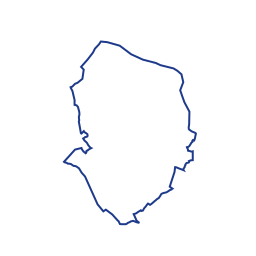 Ehime-Mbano, Imo, Nigeria, rotated 332°
{"feature_id": "59680162B95469939765095", "entity_name": "Ehime-Mbano", "entity_type": "district", "adm_level": 2, "iso_a3": "NGA", "parent_name": "Nigeria", "parent_adm1": "Imo", "projection": "robinson", "projection_center": [7.283, 5.671], "detail": "fine", "context": "isolated", "style": "outline", "palette": "blue", "viewbox_px": 256, "rotation_deg": 332, "n_neighbors": 0, "source": "geoboundaries", "source_scale": "gbopen_adm2", "svg_char_len": 2819}
<svg xmlns="http://www.w3.org/2000/svg" viewBox="0 0 256 256"><g transform="rotate(332 128 128)"><path d="M138.8,202.4L137.3,199.4L148.4,188.7L151.2,184.7L152.3,185.5L153.8,187.4L156.5,190.4L157.3,191.4L157.3,190.5L158.0,190.0L159.7,189.1L159.9,188.7L160.3,188.3L161.2,187.8L161.6,187.1L162.8,186.6L163.4,186.4L163.9,186.6L164.6,186.8L165.1,186.9L165.4,187.0L165.6,186.9L166.4,186.3L166.4,185.8L168.2,186.0L170.1,186.8L174.2,179.0L173.5,178.9L172.8,178.5L172.2,177.9L171.5,177.1L170.4,176.4L170.4,176.1L170.9,175.0L170.9,174.2L170.9,173.2L171.0,172.6L172.5,173.0L174.0,172.6L175.1,171.9L176.3,171.3L176.7,170.9L177.9,170.6L178.6,170.4L178.6,169.7L179.6,169.1L180.2,169.3L180.6,170.0L181.3,169.5L182.7,168.0L184.2,166.1L185.3,164.9L185.3,164.4L184.8,163.5L184.0,162.5L182.8,161.1L182.3,160.1L181.9,159.4L181.3,158.1L181.2,157.4L181.7,156.5L182.0,155.7L182.9,154.6L183.7,153.5L189.9,142.4L189.9,131.7L190.9,124.8L191.8,119.2L198.3,113.5L200.4,105.7L198.5,100.8L198.2,100.2L196.2,96.8L186.2,87.8L183.0,83.6L173.2,74.6L165.4,64.4L159.3,51.4L149.9,42.4L144.6,38.9L141.7,40.5L136.1,42.4L132.4,45.0L124.2,48.7L115.3,52.0L116.3,55.7L110.8,63.2L104.6,64.4L102.0,64.1L98.2,65.3L96.5,65.0L96.3,65.8L96.3,69.3L93.9,78.4L93.1,79.8L91.7,82.5L92.6,83.2L93.3,84.0L93.7,85.9L93.5,86.8L92.9,89.3L92.6,90.6L92.0,92.2L91.1,93.8L90.1,94.7L89.2,96.5L88.6,98.2L87.6,99.2L85.8,104.9L84.0,110.4L84.2,111.0L84.9,110.9L86.1,110.5L86.8,110.2L87.5,110.0L87.5,110.6L87.8,111.6L88.6,112.9L89.2,114.4L89.0,115.2L88.7,115.8L88.1,116.4L86.8,116.2L86.0,115.9L85.2,116.1L84.6,116.2L83.9,116.2L83.5,116.2L83.5,116.8L83.6,117.9L83.8,118.9L84.1,119.8L84.5,120.8L84.7,121.5L84.8,122.4L84.8,123.9L84.9,125.1L85.6,127.8L86.1,128.5L84.1,128.5L82.7,128.6L81.9,128.9L80.8,128.7L80.5,128.8L80.0,129.5L79.8,129.9L79.3,130.3L78.7,130.4L78.4,129.4L78.0,128.7L77.6,127.7L77.5,126.8L77.4,125.7L77.3,124.7L77.5,123.8L71.1,122.2L55.6,127.8L55.8,128.3L56.1,128.7L56.6,129.2L57.3,129.7L57.7,130.4L58.1,131.2L59.0,131.7L59.6,132.1L60.3,132.7L60.8,133.2L61.5,134.7L62.0,135.6L62.5,136.2L63.2,136.5L64.4,137.8L65.8,140.6L66.1,145.8L67.3,150.7L65.3,181.1L67.1,190.0L70.1,189.7L73.5,196.9L75.5,205.0L75.9,205.6L75.8,209.0L77.0,209.8L80.7,211.8L81.8,212.0L83.2,211.7L85.2,211.9L86.6,211.8L89.0,212.4L91.4,215.3L93.5,217.1L92.1,213.9L92.6,206.7L95.0,207.2L97.9,206.8L99.5,206.8L100.6,206.7L100.6,207.1L100.8,207.5L101.6,207.7L102.3,207.9L103.1,207.4L104.9,206.3L106.7,205.7L107.8,205.1L109.8,204.2L110.2,204.1L111.4,206.2L113.2,206.0L117.5,205.0L118.4,204.9L119.6,204.5L120.4,204.4L121.2,204.3L122.0,204.4L123.2,203.8L123.9,203.4L124.5,203.2L124.9,202.9L125.7,202.3L126.3,202.0L126.7,201.9L127.7,201.9L128.7,202.1L129.5,202.2L130.6,202.6L131.7,202.8L132.9,202.8L134.3,202.7L135.6,202.5L137.6,202.7L138.2,202.4L138.8,202.4Z" fill="none" stroke="#1e3a8a" stroke-width="2"/></g></svg>